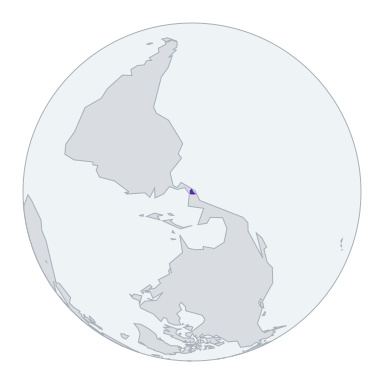 Alajuela highlighted on a globe, orthographic projection, rotated 181°
{"feature_id": "CRI-1333", "entity_name": "Alajuela", "entity_type": "Province", "adm_level": 1, "iso_a3": "CRI", "parent_name": "Costa Rica", "parent_adm1": "", "projection": "orthographic", "projection_center": [-84.692, 10.447], "detail": "fine", "context": "on_globe", "style": "filled", "palette": "violet", "viewbox_px": 384, "rotation_deg": 181, "n_neighbors": 0, "source": "natural_earth", "source_scale": "10m", "svg_char_len": 8387}
<svg xmlns="http://www.w3.org/2000/svg" viewBox="0 0 384 384"><g transform="rotate(181 192 192)"><circle cx="192" cy="192" r="169" fill="#eef3f6" stroke="#a8b0b8"/><path d="M211.0,198.1L206.9,196.3L203.1,201.4L189.2,193.5L184.0,183.6L140.3,167.4L135.6,162.2L135.3,154.0L120.0,127.0L127.0,152.2L121.2,147.2L116.4,138.1L119.0,136.0L115.7,123.0L110.4,118.0L109.7,102.5L119.6,83.8L121.4,86.7L123.5,82.4L121.5,78.7L119.6,77.4L124.3,61.4L119.1,53.7L112.2,55.5L117.9,52.3L101.3,59.1L95.1,60.0L105.3,56.5L108.9,54.5L106.3,53.6L109.4,51.3L109.9,49.8L113.8,47.4L119.5,46.2L122.1,44.8L120.2,44.3L122.8,42.0L125.3,42.9L130.3,39.1L140.7,37.6L144.2,43.8L153.2,42.8L165.4,49.4L167.5,47.5L173.5,49.5L178.1,48.2L179.1,50.3L182.0,47.6L180.3,46.0L181.0,44.4L183.5,43.7L185.2,46.0L184.1,46.7L186.0,47.0L185.7,48.6L187.3,47.4L189.0,50.7L191.2,46.5L195.7,48.4L195.8,50.8L190.7,51.7L178.4,61.5L176.9,65.2L179.8,69.0L196.1,73.1L196.5,77.1L200.8,81.6L202.9,78.6L200.3,74.1L205.2,70.1L201.4,65.6L202.9,63.6L201.0,59.0L206.7,58.6L213.3,60.9L215.1,64.9L218.1,66.2L220.7,61.9L228.4,69.3L240.9,74.9L242.3,77.2L237.1,82.1L225.9,82.9L219.2,91.2L229.1,85.0L232.4,91.9L235.3,92.9L238.3,92.3L239.2,89.5L241.5,92.0L232.5,98.5L230.3,96.3L233.2,94.1L227.9,94.8L221.9,100.2L224.1,103.7L212.8,109.7L214.2,112.5L212.5,115.6L211.0,110.6L213.4,120.0L200.4,131.4L203.5,148.9L194.5,135.6L187.7,134.3L179.5,134.9L179.9,137.7L168.6,135.9L159.1,142.1L156.4,156.1L160.9,166.8L173.3,167.0L176.6,160.9L185.5,159.5L180.0,175.9L195.6,177.8L194.6,190.1L199.2,196.3L206.9,194.3L214.8,197.0L220.2,189.7L228.9,185.4L229.5,195.3L234.0,186.0L239.2,190.4L256.4,188.9L255.2,191.2L269.7,201.7L284.7,205.3L288.2,212.1L286.5,216.8L291.5,217.4L291.5,220.3L310.7,222.1L319.8,227.6L319.0,237.6L310.4,250.3L300.4,274.6L284.3,284.1L278.7,293.5L263.6,307.6L254.1,307.5L255.2,313.4L248.7,317.5L242.1,318.3L239.6,322.5L234.7,322.9L237.1,325.4L227.4,331.1L228.2,335.1L220.7,339.3L221.4,341.5L219.1,341.5L216.4,342.5L215.6,343.7L209.5,341.9L209.6,336.8L213.2,334.0L210.2,333.6L217.9,326.1L214.1,327.8L217.9,316.3L224.7,306.3L231.9,276.1L228.9,270.1L216.7,263.3L202.1,240.2L206.5,230.2L203.1,225.6L214.2,211.1L211.0,198.1ZM40.9,147.6L42.0,143.7L42.2,146.3L40.9,147.6ZM42.1,141.3L41.8,142.6L41.9,141.5L42.1,141.3ZM41.7,140.4L42.0,141.1L41.6,140.7L41.7,140.4ZM41.1,139.7L41.5,139.9L41.4,140.1L41.1,139.7ZM203.0,154.9L220.9,162.7L211.2,164.2L213.0,162.5L208.3,159.2L199.9,156.3L191.2,158.5L203.0,154.9ZM40.7,137.5L40.7,136.9L41.1,136.7L40.7,137.5ZM210.1,144.9L207.0,144.3L210.0,144.1L210.1,144.9ZM118.2,77.3L121.1,78.9L121.8,83.3L119.1,82.2L118.2,77.3ZM117.3,69.8L119.5,69.6L116.9,73.7L116.4,72.5L117.3,69.8ZM106.6,57.6L108.4,58.0L105.6,58.4L106.6,57.6ZM109.3,50.1L107.8,50.7L108.7,49.7L109.3,50.1ZM198.0,59.6L199.5,59.3L199.0,60.3L198.0,59.6ZM195.8,58.0L194.2,59.4L193.0,58.8L193.9,58.0L195.8,58.0ZM115.5,45.2L117.5,43.6L116.5,45.0L115.5,45.2ZM198.0,56.5L190.9,57.8L188.7,56.9L190.6,53.1L198.0,56.5ZM119.2,42.6L123.7,39.2L120.8,40.2L131.6,35.9L124.2,39.9L123.5,41.3L121.8,41.4L119.2,42.6ZM178.6,45.8L180.5,47.5L176.5,46.9L178.6,45.8ZM175.8,45.9L162.4,47.2L160.8,44.7L165.6,44.6L161.6,42.3L167.4,40.4L170.9,41.3L170.8,43.1L173.1,41.0L175.8,45.9ZM136.8,34.3L138.8,33.5L137.8,34.1L136.8,34.3ZM180.9,43.7L178.4,44.0L176.8,41.9L181.6,40.8L180.6,41.8L180.9,43.7ZM157.7,42.8L157.3,41.3L162.0,39.2L162.5,38.4L167.4,40.2L157.7,42.8ZM182.3,42.0L184.1,40.4L187.2,40.9L183.3,43.3L182.3,42.0ZM174.3,41.8L173.8,40.8L175.7,41.0L174.3,41.8ZM199.3,42.2L196.3,42.3L195.2,41.1L199.3,42.2ZM184.6,39.8L183.5,39.7L182.8,39.3L184.6,38.5L184.6,39.8ZM170.3,38.8L172.3,38.4L168.5,37.9L171.8,36.6L174.5,38.2L174.7,37.0L175.8,36.6L176.8,38.3L170.3,38.8ZM184.2,36.7L188.7,38.6L194.6,38.5L195.7,39.5L186.1,39.6L184.2,36.7ZM179.8,37.4L182.7,37.1L182.6,38.3L180.5,39.3L179.8,37.4ZM173.1,35.3L167.3,36.8L166.9,36.5L173.1,35.3ZM185.9,36.3L184.8,35.9L186.3,36.2L185.9,36.3ZM177.1,35.2L175.1,35.8L174.7,35.3L177.1,35.2ZM184.1,34.7L185.6,35.3L184.2,35.9L184.1,34.7ZM180.9,34.7L180.9,34.0L182.9,35.7L180.1,35.0L180.9,34.7ZM177.0,34.8L176.1,34.7L177.9,34.6L177.0,34.8ZM188.6,32.4L191.4,34.4L188.3,35.6L186.0,33.4L188.6,32.4ZM219.2,345.7L209.8,342.6L215.3,344.0L220.4,341.9L224.8,344.3L219.2,345.7ZM233.6,340.0L238.7,338.6L239.6,339.1L236.2,340.3L233.6,340.0ZM311.0,72.1L308.8,70.1L312.4,73.6L314.7,75.8L318.4,79.9L312.6,74.4L315.3,79.4L326.4,95.9L326.4,99.1L323.0,98.3L311.5,84.3L312.7,79.1L308.6,74.9L301.9,70.7L302.8,69.7L300.2,67.6L300.1,65.8L293.5,59.3L292.3,57.5L283.6,51.5L281.8,50.0L287.5,53.8L290.8,55.8L287.2,52.4L286.0,51.6L299.0,61.2L311.0,72.1ZM281.8,48.9L279.4,47.4L281.8,48.9ZM270.6,42.5L271.4,42.9L265.2,39.8L258.8,36.8L257.1,36.2L267.5,41.2L271.3,43.2L273.9,44.4L284.6,50.9L287.2,53.0L277.5,47.5L280.1,50.1L271.4,45.4L248.6,33.5L242.2,30.9L243.4,31.1L257.3,36.2L270.6,42.5ZM149.1,28.6L142.4,30.6L137.9,32.0L132.9,34.2L133.4,34.1L136.4,33.1L131.6,35.9L120.8,40.2L120.2,40.1L113.9,43.4L113.4,42.8L110.1,44.3L111.7,43.3L123.8,37.4L136.3,32.5L149.1,28.6ZM360.5,179.1L360.5,179.3L359.9,174.4L359.8,175.3L356.0,186.4L352.4,181.1L342.5,161.3L341.5,151.0L337.1,140.8L326.5,99.7L328.9,99.6L326.0,89.4L326.4,89.8L331.9,97.4L332.5,98.2L339.0,108.7L344.7,119.7L349.6,131.0L353.6,142.7L356.8,154.7L359.1,166.8L360.5,179.1ZM335.6,118.3L337.2,121.4L335.6,118.3ZM256.9,188.7L259.0,190.4L256.3,190.7L256.9,188.7ZM210.1,168.3L213.7,168.4L215.7,169.8L213.0,170.4L210.1,168.3ZM240.4,166.9L244.5,167.5L240.4,168.6L240.4,166.9ZM223.7,163.6L237.1,166.8L229.0,170.2L220.5,168.3L226.3,167.2L223.7,163.6ZM208.8,150.6L211.2,151.2L210.6,153.0L208.8,150.6ZM212.2,144.8L211.3,145.0L210.1,143.6L212.2,144.8ZM232.9,91.5L233.7,91.0L236.9,91.1L235.6,92.3L232.9,91.5ZM249.5,84.9L252.8,89.1L249.6,86.8L248.5,89.0L240.4,87.3L242.6,78.4L243.0,82.5L249.5,84.9ZM230.1,83.3L235.0,84.9L229.6,83.5L230.1,83.3ZM286.2,59.6L288.2,60.0L291.3,62.6L292.7,66.4L288.2,62.5L286.2,59.6ZM290.3,60.2L280.3,54.5L279.0,52.4L281.4,54.5L281.6,53.6L285.5,56.8L294.1,60.9L297.4,63.6L298.2,68.2L296.1,65.0L294.3,64.5L290.3,60.2ZM257.0,48.2L252.6,46.9L255.5,43.8L259.2,45.4L260.9,48.9L257.4,49.0L257.0,48.2ZM202.7,50.1L200.8,50.8L200.4,50.0L201.6,48.8L202.7,50.1ZM198.0,42.3L210.3,47.1L208.8,47.9L217.8,50.3L217.3,53.5L211.5,51.7L217.9,56.3L212.5,56.0L217.3,59.1L204.4,54.7L199.8,55.0L205.1,53.4L205.6,50.3L204.5,49.1L197.7,46.0L188.1,45.7L187.0,43.1L188.9,41.3L191.1,41.0L191.0,42.7L194.0,41.0L195.6,43.3L198.0,42.3ZM211.2,28.9L210.3,29.9L216.4,29.2L218.0,30.5L218.7,30.4L221.9,31.6L226.8,32.9L226.8,33.6L228.7,33.8L230.9,34.8L233.6,35.5L234.5,37.1L237.8,38.2L236.4,38.3L241.8,39.8L238.2,39.5L240.6,41.1L242.9,40.6L241.5,49.9L243.8,54.8L247.6,59.4L240.9,58.9L232.9,54.5L225.5,49.0L224.3,44.7L221.4,45.5L220.0,43.8L222.9,43.8L217.7,42.7L217.3,41.4L210.6,38.0L203.3,37.8L200.7,36.8L203.4,36.2L198.9,35.7L202.1,34.0L200.3,33.3L201.7,31.3L207.8,31.0L205.3,30.3L206.2,29.1L211.2,28.9ZM189.1,31.8L196.1,30.5L200.4,30.8L196.2,34.3L197.4,35.2L194.9,38.0L188.7,37.6L190.0,36.8L189.8,35.9L191.8,36.4L190.1,35.4L191.8,34.4L190.9,33.4L193.4,33.2L189.1,31.8ZM324.5,87.2L323.8,86.4L323.7,86.1L324.5,87.2ZM319.5,81.9L318.8,81.0L322.6,85.2L322.8,85.8L319.5,81.9ZM315.2,77.1L318.5,80.6L316.9,79.0L315.2,77.1ZM286.6,52.9L285.5,52.0L286.6,52.7L288.7,54.1L286.6,52.9ZM229.7,28.8L228.5,28.9L227.4,28.6L222.2,28.1L220.6,27.3L223.1,27.3L229.7,28.8ZM227.1,27.8L225.1,27.7L225.5,27.4L227.1,27.8ZM219.1,26.7L219.0,26.3L219.8,27.1L219.1,26.7ZM192.3,23.0L194.0,23.1L191.7,23.1L189.5,23.1L192.3,23.0ZM210.9,24.5L213.7,24.8L213.3,24.9L210.9,24.5ZM137.6,33.7L138.7,33.5L136.8,34.1L137.6,33.7ZM155.8,27.0L158.5,26.4L156.2,27.0L155.8,27.0ZM164.2,25.3L159.8,26.2L162.0,25.7L164.2,25.3Z" fill="#d9dde1" stroke="#a8b0b8" stroke-width="1"/><path d="M193.0,190.4L193.0,190.5L193.3,190.7L193.4,190.8L193.4,191.0L193.5,191.0L193.5,191.6L193.5,192.1L193.5,192.4L193.5,192.9L193.5,193.3L193.4,193.4L193.4,193.5L193.1,193.6L192.9,193.6L192.7,193.6L192.4,193.7L192.4,193.8L192.3,193.7L192.2,193.7L192.3,193.4L192.3,193.2L192.2,193.2L192.1,192.9L192.1,192.7L191.9,192.5L191.7,192.4L191.8,192.3L191.8,192.2L191.7,192.2L191.8,192.0L191.7,191.9L191.5,191.7L191.3,191.7L191.2,191.5L191.1,191.4L191.0,191.2L190.8,191.2L190.7,191.2L190.4,191.1L190.2,190.9L189.8,190.6L190.0,190.6L190.2,190.4L190.3,190.2L190.8,190.4L191.3,190.5L191.7,190.3L192.0,190.2L192.2,190.3L192.3,190.3L192.5,190.4L192.7,190.5L192.8,190.5L192.9,190.4L193.0,190.4Z" fill="#8b5cf6" stroke="#5b21b6" stroke-width="1.5"/></g></svg>